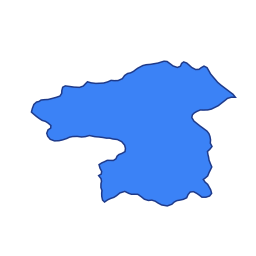 outline of Lontra, Minas Gerais, Brazil, rotated 283°
{"feature_id": "56859067B10787235242690", "entity_name": "Lontra", "entity_type": "district", "adm_level": 2, "iso_a3": "BRA", "parent_name": "Brazil", "parent_adm1": "Minas Gerais", "projection": "equal_earth", "projection_center": [-44.273, -15.841], "detail": "fine", "context": "isolated", "style": "filled", "palette": "blue", "viewbox_px": 256, "rotation_deg": 283, "n_neighbors": 0, "source": "geoboundaries", "source_scale": "gbopen_adm2", "svg_char_len": 2470}
<svg xmlns="http://www.w3.org/2000/svg" viewBox="0 0 256 256"><g transform="rotate(283 128 128)"><path d="M125.5,30.4L121.8,30.3L120.5,32.6L118.7,36.1L117.2,39.6L116.1,42.6L115.9,46.0L114.9,48.9L113.1,52.3L110.5,52.7L108.2,50.5L104.6,50.0L101.9,51.6L99.5,54.7L98.9,59.2L100.1,63.6L101.7,66.9L104.0,70.7L105.9,73.1L107.2,75.9L108.4,80.4L108.8,84.8L110.0,88.4L112.0,92.1L112.1,97.6L112.7,101.6L113.1,105.5L113.3,109.3L114.0,112.5L113.9,115.7L114.4,120.3L113.3,124.9L110.6,128.5L107.6,130.1L104.3,130.4L101.9,127.8L100.1,125.1L98.1,123.7L95.3,123.2L93.1,121.1L92.5,118.3L91.8,115.0L89.9,112.7L88.2,110.4L85.8,108.0L82.5,109.8L79.8,112.1L77.1,112.3L75.0,110.1L72.6,113.1L70.1,114.2L67.6,114.2L63.9,115.0L61.2,116.7L58.6,117.0L55.5,117.8L52.1,119.4L50.6,121.8L53.4,124.3L55.5,127.0L57.2,129.8L59.4,132.0L62.9,134.7L65.5,139.1L64.5,143.4L64.2,146.3L64.9,149.1L65.6,152.5L64.1,156.2L62.3,159.9L62.0,164.2L63.1,167.4L62.8,171.0L61.7,174.0L60.6,178.0L60.9,183.8L63.6,187.9L66.3,189.7L68.2,191.9L69.5,194.9L70.9,197.9L73.2,200.9L76.7,201.5L79.6,203.0L80.7,206.1L79.7,209.9L78.5,212.9L77.2,215.6L78.1,219.5L80.1,222.8L83.1,224.2L86.3,222.5L88.9,220.2L91.0,218.3L92.6,215.3L94.8,212.9L96.6,214.5L99.2,216.4L102.9,217.0L106.2,217.8L108.9,218.4L111.5,216.5L114.9,214.2L117.9,213.0L120.2,211.8L123.0,210.7L125.8,212.6L128.9,214.0L131.7,211.6L135.0,211.1L138.1,209.8L140.6,208.2L142.7,205.7L144.6,201.4L146.2,197.6L147.6,194.7L149.6,190.6L152.6,187.8L155.4,187.8L157.6,189.2L159.6,191.3L161.8,194.3L162.5,197.7L163.6,201.7L165.2,205.0L167.4,207.7L170.1,211.0L172.9,213.2L175.2,215.1L177.2,216.7L179.2,218.2L181.2,221.7L182.1,225.7L184.5,222.7L185.9,219.5L187.4,216.2L189.0,212.6L190.8,208.6L192.7,205.0L194.6,202.5L196.8,199.5L199.2,196.3L201.8,194.0L204.6,191.4L205.4,188.1L203.2,185.7L201.1,184.0L200.2,180.7L201.3,176.5L203.2,173.1L204.5,170.6L204.9,167.4L203.0,165.7L200.0,165.2L198.1,162.5L198.6,157.9L200.2,154.3L201.6,151.1L201.2,148.1L199.9,145.8L198.0,142.6L196.4,138.7L195.1,135.7L193.8,131.6L192.2,128.4L190.4,126.3L188.5,124.1L186.6,122.4L184.5,120.7L182.3,118.1L181.0,115.3L178.4,112.9L174.8,111.4L172.0,107.7L171.0,103.9L170.6,100.8L168.4,97.9L166.3,94.1L165.3,90.6L164.2,86.6L163.7,81.9L163.9,78.1L161.7,76.7L158.8,75.0L156.7,71.7L155.7,66.2L155.3,61.4L154.9,57.4L153.0,55.2L149.7,55.1L146.8,55.6L143.8,54.5L141.8,51.3L139.6,47.2L137.8,43.7L136.9,40.5L135.7,37.0L133.9,35.4L132.7,33.0L129.8,31.0L125.5,30.4Z" fill="#3b82f6" stroke="#1e3a8a" stroke-width="1.5"/></g></svg>